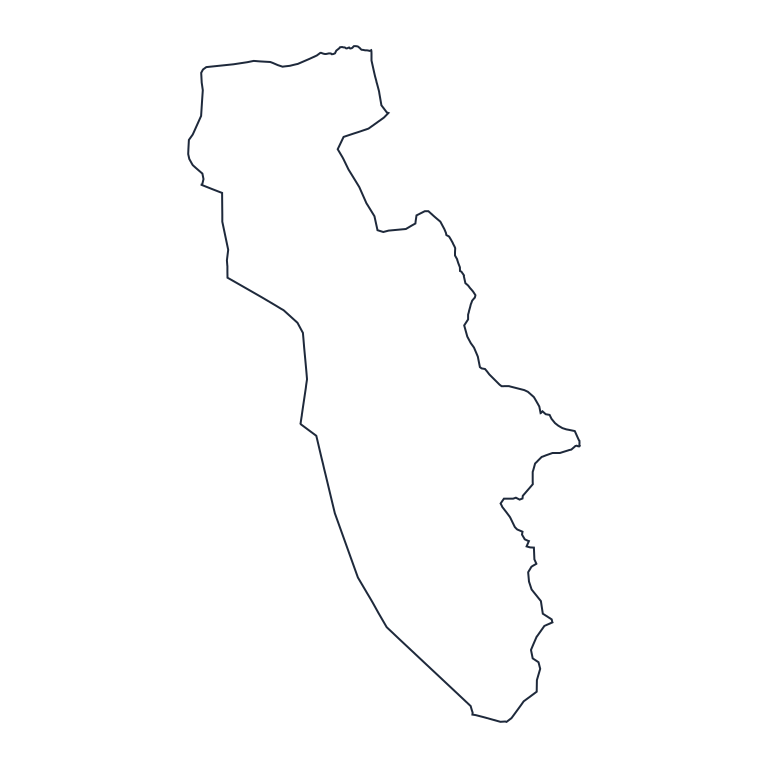 Maqbanah, Ta`izz, Yemen (Natural Earth projection)
{"feature_id": "15242507B87636717080649", "entity_name": "Maqbanah", "entity_type": "district", "adm_level": 2, "iso_a3": "YEM", "parent_name": "Yemen", "parent_adm1": "Ta`izz", "projection": "natural_earth1", "projection_center": [43.703, 13.621], "detail": "fine", "context": "isolated", "style": "outline", "palette": "slate", "viewbox_px": 768, "rotation_deg": 0, "n_neighbors": 0, "source": "geoboundaries", "source_scale": "gbopen_adm2", "svg_char_len": 5506}
<svg xmlns="http://www.w3.org/2000/svg" viewBox="0 0 768 768"><path d="M371.2,50.2L369.6,50.9L368.5,50.6L367.5,50.4L366.2,50.3L365.0,50.3L363.1,49.9L361.8,49.8L360.9,49.3L359.9,48.1L359.1,47.5L358.2,46.7L357.5,46.4L356.4,46.2L354.9,46.1L354.0,46.1L353.3,46.7L352.6,47.6L351.7,48.2L351.0,48.3L350.3,48.5L350.0,48.4L349.6,48.1L349.1,47.5L348.2,47.8L347.5,48.2L346.7,48.4L346.0,48.3L345.1,47.6L344.5,47.4L343.6,47.4L342.7,47.2L342.1,47.0L341.3,47.1L340.4,47.2L339.8,47.4L339.4,48.2L338.7,48.7L337.6,49.6L336.3,50.6L335.8,51.6L335.4,52.5L335.0,53.3L333.4,54.0L332.1,54.2L331.6,54.2L331.1,53.6L330.2,53.4L328.8,53.4L327.5,53.7L326.0,54.0L324.9,54.0L323.5,53.7L322.3,53.3L321.3,52.9L320.3,52.9L316.8,55.5L308.5,59.3L307.3,59.8L297.6,64.0L296.9,64.1L294.3,64.7L289.9,65.8L283.8,66.5L282.6,66.7L277.8,65.1L272.7,62.9L270.3,62.0L259.9,61.4L253.7,60.9L247.3,62.2L233.4,64.3L206.3,67.1L203.0,69.5L201.2,72.8L201.7,82.6L202.8,90.2L202.0,101.9L201.1,116.0L200.9,116.4L193.9,132.0L192.7,134.6L188.9,139.9L188.4,149.1L188.2,154.1L189.3,159.0L191.9,163.7L192.8,165.2L195.7,167.8L199.5,171.1L202.4,173.6L203.5,179.1L202.2,184.5L200.8,184.6L203.9,185.8L212.2,189.1L219.4,191.9L222.1,192.9L222.2,205.1L222.3,214.3L222.3,221.7L228.2,249.8L226.9,260.3L227.3,265.6L227.4,265.9L227.4,269.1L227.4,269.9L227.4,271.7L227.5,277.7L235.6,282.3L241.9,285.9L253.6,292.6L261.8,297.3L276.0,305.7L281.1,308.8L282.9,309.8L283.7,310.3L297.5,322.8L302.0,331.2L302.1,331.4L302.9,332.8L303.4,338.4L303.6,340.9L304.2,348.1L305.3,359.8L306.4,371.8L307.0,379.0L307.0,379.4L306.8,380.8L306.2,384.8L305.8,388.1L303.0,406.9L301.8,415.1L301.8,415.6L301.6,416.6L300.7,422.6L300.7,423.0L300.5,423.7L301.0,424.4L316.3,435.8L317.5,440.8L321.5,457.8L323.1,464.3L323.5,466.1L324.1,468.7L325.7,475.2L330.9,496.9L334.9,513.5L335.3,514.5L347.7,549.1L357.9,577.5L364.2,588.2L364.5,588.7L366.9,592.8L369.9,597.8L372.8,602.8L378.4,612.9L386.7,627.2L399.5,639.3L455.7,692.0L470.7,706.1L471.0,707.3L471.7,709.7L471.9,710.4L472.6,712.5L472.6,712.9L472.4,714.6L475.7,715.1L484.2,717.3L500.4,721.8L505.3,721.5L506.1,721.8L506.5,721.9L511.5,718.1L514.3,714.3L520.5,705.8L520.8,705.4L523.7,701.3L536.7,691.7L536.9,680.1L540.2,668.8L540.1,668.5L539.2,664.9L538.5,662.2L532.7,658.4L531.0,650.0L531.0,649.9L533.4,644.2L536.7,636.6L536.9,636.5L544.4,625.9L552.4,622.4L552.3,622.2L551.7,619.4L542.8,613.7L540.9,601.1L531.6,589.5L529.1,581.9L529.0,581.7L528.6,577.2L528.2,572.8L528.2,572.4L528.2,572.2L529.0,570.8L530.0,569.2L530.9,567.6L531.0,567.4L531.5,566.7L533.2,565.6L535.7,564.2L536.4,563.8L536.4,563.7L536.0,562.9L534.4,559.4L533.9,547.6L530.1,547.4L526.6,546.4L526.8,545.9L528.9,541.1L528.2,540.9L526.2,540.0L525.4,539.6L524.7,539.3L524.6,539.0L523.0,536.3L522.0,534.6L522.5,531.7L517.3,529.5L516.5,528.8L514.8,527.0L510.2,517.5L509.7,516.7L505.9,511.6L505.1,510.6L502.3,507.0L501.7,505.6L500.6,503.5L501.9,501.6L503.9,498.7L507.7,498.7L513.0,498.7L515.9,497.7L519.6,499.6L522.5,498.5L522.8,495.8L532.8,484.2L532.7,481.5L532.7,479.8L532.7,473.4L532.7,472.1L532.7,471.9L533.3,470.0L535.1,463.5L537.3,461.4L537.6,461.0L539.5,459.1L541.7,456.9L542.7,456.6L546.0,455.3L552.5,453.0L553.7,453.0L556.1,453.0L558.9,453.0L559.9,453.0L563.0,452.0L568.5,450.3L569.0,450.1L571.3,449.6L573.5,447.7L574.2,447.1L575.4,446.0L575.6,446.0L576.3,445.8L576.7,445.7L577.9,446.2L578.1,446.3L578.4,446.3L579.4,446.3L579.8,445.7L579.7,445.5L579.4,445.2L579.5,442.5L579.4,440.7L578.9,440.2L577.8,437.8L574.8,431.1L574.5,431.0L571.1,430.3L569.6,430.0L569.2,429.9L566.5,429.4L566.1,429.3L564.6,428.8L562.4,428.1L558.3,425.7L555.0,423.1L551.5,418.8L549.6,414.9L545.7,414.2L542.5,411.3L542.1,411.6L541.2,412.8L540.6,413.1L539.3,406.5L536.3,401.2L533.9,397.1L527.9,391.8L524.3,390.1L518.8,388.7L510.2,386.5L509.9,386.4L508.8,386.1L501.6,386.2L500.3,385.2L499.7,384.8L493.3,378.4L491.3,376.4L490.7,375.8L490.2,375.3L489.4,374.5L489.3,374.4L487.1,371.5L485.0,369.0L481.6,368.4L479.9,367.1L477.8,356.5L477.5,355.9L477.4,355.6L474.0,347.6L472.8,345.9L470.9,343.3L470.6,342.8L467.3,336.6L464.2,325.4L468.1,319.4L468.1,314.6L468.8,312.2L469.0,311.1L470.2,306.8L470.8,304.3L471.2,303.4L471.7,302.0L472.2,300.6L474.5,297.9L474.8,297.7L475.4,295.5L475.4,295.1L473.5,292.2L473.3,291.9L472.8,291.2L472.7,291.1L471.0,289.1L470.6,288.7L470.0,288.0L469.9,287.9L468.9,286.5L468.0,285.4L467.3,284.8L467.0,284.5L466.6,284.2L465.4,283.2L463.8,276.0L464.0,275.4L461.4,271.7L460.0,271.0L459.9,267.3L458.5,263.7L458.3,263.2L457.4,260.4L457.3,260.1L457.2,259.9L457.2,259.4L455.0,255.5L455.0,252.3L455.2,248.2L454.6,246.7L453.1,243.8L453.0,243.6L452.9,243.4L452.6,242.5L452.3,242.1L450.8,239.4L449.3,236.9L448.9,236.4L446.4,235.1L446.3,234.9L446.0,233.1L445.4,231.6L444.6,229.7L444.1,228.6L443.9,228.3L443.7,227.9L442.2,225.1L440.5,221.9L440.2,221.5L439.7,221.1L439.0,220.5L437.2,219.0L434.4,216.6L428.4,211.2L424.8,211.2L423.0,212.1L416.5,215.4L415.7,220.8L415.4,223.5L411.8,225.5L408.1,227.7L407.9,227.8L405.9,229.0L388.6,230.6L383.3,232.0L377.5,230.2L374.5,216.5L374.5,216.3L367.3,204.6L366.5,203.4L363.1,195.7L360.8,190.5L359.3,187.1L358.2,185.3L357.1,183.5L351.4,174.2L348.5,169.5L343.6,159.4L342.5,157.3L340.9,154.6L337.7,149.2L338.0,148.6L343.6,136.9L353.5,133.6L357.9,132.2L368.5,128.6L383.9,117.6L384.7,116.8L388.4,113.0L386.8,112.4L384.0,108.7L382.7,107.0L381.4,105.3L381.4,105.2L379.3,93.1L379.1,91.7L378.9,90.8L377.6,85.9L377.2,84.4L376.9,83.2L376.7,82.8L376.5,81.9L376.3,80.9L375.0,76.1L374.1,72.2L372.7,65.9L371.5,60.5L371.5,53.5L371.4,51.0L371.2,50.2Z" fill="none" stroke="#1e293b" stroke-width="2"/></svg>